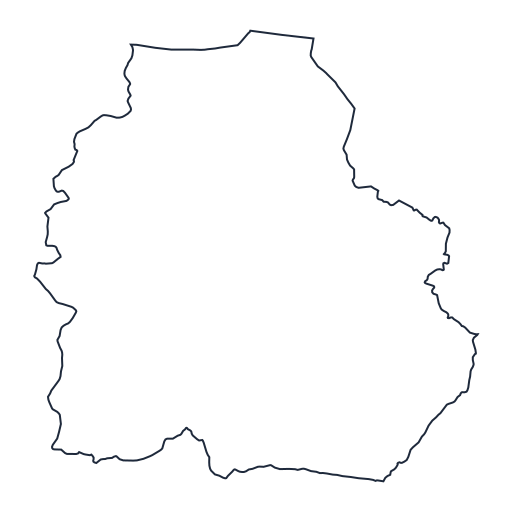 San Jerónimo, Comayagua, Honduras
{"feature_id": "27666195B29530067641484", "entity_name": "San Jerónimo", "entity_type": "district", "adm_level": 2, "iso_a3": "HND", "parent_name": "Honduras", "parent_adm1": "Comayagua", "projection": "mercator", "projection_center": [-87.555, 14.647], "detail": "fine", "context": "isolated", "style": "outline", "palette": "slate", "viewbox_px": 512, "rotation_deg": 0, "n_neighbors": 0, "source": "geoboundaries", "source_scale": "gbopen_adm2", "svg_char_len": 5916}
<svg xmlns="http://www.w3.org/2000/svg" viewBox="0 0 512 512"><path d="M387.5,476.0L390.2,474.8L390.7,472.0L391.1,471.2L394.2,469.4L395.8,467.8L397.3,465.4L397.7,464.4L397.5,463.5L398.1,462.8L399.5,462.3L401.0,462.9L402.0,462.8L404.4,461.6L406.7,460.0L408.3,456.9L410.6,449.8L412.9,447.3L418.6,442.4L421.9,436.6L424.1,434.3L425.3,432.5L428.6,425.6L432.3,420.6L436.1,417.3L438.5,414.7L440.4,413.2L446.8,404.7L448.5,403.9L452.8,402.5L454.4,401.6L455.3,400.6L457.6,397.0L460.1,395.1L460.7,393.4L461.6,392.4L462.1,392.2L464.5,392.3L466.5,391.7L467.4,390.3L468.3,387.5L469.3,380.0L470.1,376.7L470.6,371.3L471.2,369.5L472.8,366.9L473.6,364.7L473.6,363.7L472.8,360.0L472.8,357.2L474.9,354.1L475.8,353.7L475.9,353.2L475.4,349.7L473.0,341.8L472.8,340.1L473.9,337.7L477.3,334.9L477.7,334.2L476.3,334.3L474.1,333.9L469.9,332.6L465.2,327.6L463.3,326.3L461.8,326.0L460.6,324.3L458.6,322.2L453.8,319.1L452.3,317.5L451.0,317.4L449.0,318.2L447.9,318.0L447.7,317.4L448.2,316.5L448.3,315.4L448.2,314.4L447.8,313.6L446.4,312.3L443.8,311.0L441.6,309.5L440.7,308.1L438.7,303.2L437.1,295.1L435.9,294.5L433.5,293.8L432.2,292.3L432.1,290.5L432.9,289.1L434.2,287.6L434.1,286.4L432.9,285.7L426.3,283.6L425.1,283.0L424.7,282.3L425.2,281.2L426.6,280.3L427.3,279.5L427.6,278.6L427.8,276.7L428.8,274.9L430.5,273.9L435.2,270.5L437.2,269.5L439.5,269.2L440.9,269.4L442.5,270.2L443.5,270.0L443.8,269.5L443.2,264.3L443.4,263.3L444.4,262.8L447.0,263.7L448.3,263.0L449.1,256.2L448.5,255.4L447.2,254.8L444.1,254.3L443.9,254.1L444.9,253.0L445.8,251.3L445.9,243.7L447.5,237.5L449.5,232.6L449.6,230.0L449.2,228.3L445.0,225.1L443.4,222.7L442.5,222.7L440.1,223.5L439.4,223.1L438.9,222.1L439.1,220.7L439.0,219.8L438.2,218.4L437.5,217.6L435.7,216.9L434.8,217.0L433.4,218.3L432.3,220.5L431.7,220.8L430.9,220.7L429.3,219.7L426.6,217.5L422.8,216.3L422.4,215.8L422.5,214.9L419.7,212.7L416.7,209.6L415.7,209.7L414.2,210.5L413.7,210.4L412.4,207.6L399.0,200.5L393.2,204.9L391.1,205.2L389.8,204.6L387.9,202.4L386.4,201.9L383.6,201.7L382.2,200.1L378.4,199.1L377.6,198.2L377.3,196.7L377.9,191.6L378.3,190.9L377.7,190.3L374.2,188.5L371.0,186.4L358.6,187.8L356.3,187.0L354.8,185.7L352.6,180.7L352.9,179.6L353.9,178.3L354.2,177.1L354.1,169.4L353.3,168.4L350.1,165.6L348.3,162.5L347.0,159.5L346.6,154.7L343.9,150.2L343.4,148.6L343.8,146.7L346.9,139.2L350.3,130.1L354.6,108.5L351.2,103.8L347.4,99.1L344.0,94.2L337.8,86.3L335.5,82.4L327.3,74.3L326.2,73.1L323.4,70.6L317.8,66.4L311.3,57.1L310.7,55.5L310.8,53.2L311.2,50.7L311.7,49.3L313.5,38.5L281.9,34.9L250.3,30.7L249.6,32.2L248.3,33.2L240.1,42.8L237.6,45.2L220.1,47.6L215.1,48.5L208.0,49.2L204.8,49.7L200.8,49.9L193.3,49.6L171.3,49.6L155.3,47.8L136.7,44.8L130.9,44.6L132.4,47.1L132.9,49.4L133.0,50.5L132.4,55.3L131.4,58.3L128.1,63.0L127.5,65.1L125.9,67.9L124.7,70.9L124.4,73.5L124.6,75.0L125.0,76.2L126.6,78.6L129.4,82.0L130.1,83.5L130.1,84.2L128.4,86.8L128.0,89.6L128.5,91.5L130.3,94.6L130.6,95.7L128.4,98.6L127.6,101.0L128.1,102.4L130.8,108.0L131.0,109.5L130.6,110.9L127.8,113.7L124.7,115.7L122.4,116.9L119.7,117.6L116.6,117.7L110.7,116.0L106.5,115.3L104.0,115.1L102.6,115.4L100.8,116.5L96.1,120.0L94.6,120.8L90.8,125.2L88.4,127.4L85.5,128.9L79.7,131.4L77.8,132.6L76.5,133.7L74.4,139.1L74.0,141.8L74.6,144.1L74.4,146.7L74.8,148.4L75.4,149.7L76.6,150.0L77.3,151.0L73.6,160.1L74.0,161.1L73.8,162.1L72.5,164.0L68.7,166.7L61.9,170.1L58.6,175.0L57.3,175.9L55.6,176.8L53.4,178.8L53.9,186.2L54.5,188.1L55.9,190.6L56.8,191.5L57.9,191.8L59.0,191.7L61.8,190.6L63.3,191.0L65.0,192.8L68.6,197.9L68.8,198.8L68.0,199.8L66.5,200.9L60.7,202.0L57.6,203.0L54.1,204.4L50.6,209.1L46.4,211.5L45.1,212.9L45.2,213.3L48.5,217.7L47.4,226.5L47.8,231.5L47.7,234.4L47.1,237.1L45.7,242.1L46.3,245.3L47.5,245.8L52.3,245.8L54.5,246.2L55.7,246.8L56.5,247.8L57.1,249.7L58.7,252.9L60.3,255.2L60.6,256.9L57.8,258.9L53.4,262.5L52.0,263.2L45.9,263.7L44.5,263.4L42.4,263.5L39.0,262.8L38.2,263.1L37.5,264.0L37.0,265.2L36.4,269.3L34.9,274.7L34.3,275.7L34.3,276.3L34.9,277.3L37.0,278.5L40.1,281.7L45.8,289.0L48.1,291.0L50.1,293.4L55.2,300.5L56.6,302.1L58.8,303.1L62.6,304.0L71.4,306.8L73.0,307.6L74.7,309.1L76.0,310.4L76.3,311.3L75.8,312.7L72.7,318.1L69.9,321.9L68.2,323.4L65.8,324.4L63.6,325.7L61.7,327.4L60.6,330.0L59.6,336.0L57.4,339.9L57.6,341.4L60.1,347.9L61.6,350.7L62.1,352.5L62.3,354.7L62.0,358.0L62.3,366.0L61.0,371.3L60.5,376.1L59.6,379.1L58.4,381.0L51.3,390.6L50.1,393.5L48.0,396.8L48.4,399.7L49.3,402.2L52.1,408.5L52.8,409.3L57.3,411.9L59.0,413.6L59.8,414.9L60.9,424.0L59.0,432.1L57.2,438.6L52.8,444.8L52.0,446.9L52.3,448.3L53.1,449.1L54.4,449.4L61.2,449.6L65.1,453.1L66.9,453.9L76.2,454.0L78.1,453.4L79.1,452.1L83.7,454.1L85.5,454.5L89.9,455.2L91.3,454.6L92.4,455.7L93.6,457.5L93.6,459.1L93.2,460.8L93.4,461.6L94.4,462.4L96.3,463.0L100.7,459.5L102.9,459.1L105.3,459.0L107.1,458.3L112.1,457.9L113.9,456.7L115.9,456.1L116.5,456.3L119.6,459.2L123.3,460.4L133.3,460.6L136.9,460.4L143.5,458.8L150.0,456.2L152.3,455.1L159.5,450.8L161.2,449.6L162.3,448.4L164.3,441.4L165.5,439.4L167.1,438.7L172.8,438.7L177.7,435.7L180.4,434.8L181.4,433.8L183.1,430.9L185.0,429.4L186.0,428.0L186.5,427.8L187.0,428.0L187.9,429.2L189.9,430.2L190.9,431.0L191.4,431.9L191.7,433.6L192.7,435.4L197.1,439.2L199.1,440.5L202.3,440.0L202.8,440.6L203.7,442.7L206.4,451.7L207.7,454.8L209.3,457.2L209.2,462.4L209.4,465.7L210.1,468.7L211.1,470.6L214.9,474.4L219.3,475.7L223.1,477.7L224.7,478.2L225.6,478.3L226.3,478.1L227.9,475.9L232.3,471.6L233.5,470.1L234.4,469.4L235.3,469.5L238.3,471.1L239.8,471.7L242.0,472.0L243.9,472.0L246.0,471.3L248.8,469.5L252.6,468.8L257.8,466.8L259.6,466.6L263.6,466.8L270.2,465.1L271.2,465.3L274.8,467.6L279.9,469.1L289.0,468.9L295.1,469.2L297.7,469.9L302.1,468.8L303.8,468.7L305.8,469.2L311.0,471.1L316.4,471.8L319.9,473.1L322.9,473.0L326.9,473.5L332.8,474.6L337.1,474.9L342.4,476.1L350.8,477.0L358.5,478.2L368.8,479.1L373.1,479.9L375.6,480.9L376.7,480.4L377.7,480.4L383.4,481.3L385.3,477.8L387.5,476.0Z" fill="none" stroke="#1e293b" stroke-width="2"/></svg>